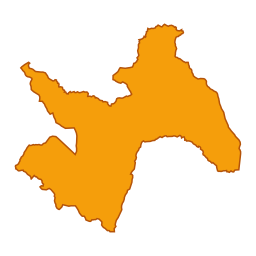 Silvânia, Goiás, Brazil (Mercator projection)
{"feature_id": "56859067B36002968340064", "entity_name": "Silvânia", "entity_type": "district", "adm_level": 2, "iso_a3": "BRA", "parent_name": "Brazil", "parent_adm1": "Goiás", "projection": "mercator", "projection_center": [-48.581, -16.605], "detail": "fine", "context": "isolated", "style": "filled", "palette": "amber", "viewbox_px": 256, "rotation_deg": 0, "n_neighbors": 0, "source": "geoboundaries", "source_scale": "gbopen_adm2", "svg_char_len": 5703}
<svg xmlns="http://www.w3.org/2000/svg" viewBox="0 0 256 256"><path d="M139.0,39.7L139.7,40.7L139.1,41.7L139.6,42.9L138.8,43.8L138.4,44.7L138.5,47.9L137.7,50.7L138.0,52.4L138.8,55.2L138.3,56.4L137.0,57.8L137.9,59.4L137.0,60.6L136.6,61.7L135.6,62.4L134.8,63.2L133.7,63.4L133.4,64.9L132.5,67.0L130.0,67.6L125.2,68.3L120.2,67.7L119.3,69.0L118.0,71.6L115.9,73.4L113.1,75.5L113.0,79.6L114.9,80.3L115.8,81.2L118.5,82.6L120.8,83.2L122.7,81.9L124.8,83.0L126.5,84.1L127.3,85.1L127.3,86.4L129.7,90.5L130.7,91.9L131.0,93.0L131.7,94.1L130.4,95.5L129.5,95.6L127.8,96.5L126.4,96.1L123.1,97.9L122.1,98.2L119.4,97.9L117.8,98.1L116.7,98.8L116.0,101.2L114.6,103.0L113.5,103.7L111.5,104.0L110.9,106.1L109.3,105.8L107.7,103.9L107.6,102.4L105.2,101.6L103.0,101.8L102.4,100.7L100.5,100.4L99.4,99.9L98.3,98.6L96.3,97.6L95.3,97.9L95.0,96.9L94.3,96.1L93.2,95.8L91.4,96.8L90.1,96.2L87.7,96.4L88.3,93.5L87.0,92.0L84.7,92.1L83.7,91.5L80.3,92.6L79.1,92.7L77.5,91.8L76.0,92.6L74.8,92.5L74.1,91.6L71.0,92.6L70.2,91.6L68.4,93.0L68.2,93.9L66.9,93.8L66.2,93.1L65.7,92.0L64.4,92.1L64.7,91.2L64.4,90.2L63.5,90.1L62.8,89.2L62.4,87.3L60.7,86.8L59.0,87.0L58.7,86.1L59.0,84.7L58.7,83.4L57.7,83.3L57.6,82.2L56.6,81.4L56.4,80.0L55.1,79.7L54.0,80.8L52.9,80.9L49.3,78.8L48.3,77.9L47.5,75.9L45.4,72.9L43.0,72.1L41.2,72.1L35.5,71.5L32.7,69.2L31.0,68.6L29.4,68.3L28.5,66.2L28.5,64.9L28.8,64.0L29.7,63.2L28.6,62.3L24.7,64.6L21.7,66.9L20.8,67.9L22.1,69.4L22.7,70.5L24.1,71.7L25.0,73.3L25.3,74.6L26.0,75.6L26.8,76.3L27.9,76.8L29.7,77.1L31.7,78.2L32.0,79.2L30.5,82.2L30.2,83.9L31.1,86.6L31.3,89.6L33.6,91.7L39.0,95.0L39.8,96.9L39.8,98.8L39.4,101.2L42.5,101.4L43.2,102.6L44.4,103.9L45.4,106.4L46.8,108.7L47.5,110.8L50.1,114.2L52.8,113.0L54.0,117.2L55.3,119.6L56.0,122.6L59.6,124.5L61.5,126.1L65.4,128.3L74.1,127.9L75.2,130.0L76.4,133.0L76.9,135.9L76.6,143.0L76.2,145.8L76.6,148.4L76.6,151.3L75.2,154.5L57.9,138.3L55.9,136.6L52.6,136.2L49.8,137.2L45.6,142.9L43.5,143.5L41.8,145.1L40.2,145.0L39.1,144.5L37.2,144.8L35.8,144.6L34.4,145.0L33.3,144.6L31.4,145.4L30.0,145.5L29.2,145.1L27.1,147.7L26.2,149.5L24.1,152.6L24.0,153.6L22.9,155.8L21.1,157.3L20.8,158.6L20.0,159.3L20.0,160.8L18.9,162.8L18.5,163.8L16.7,165.1L15.6,165.5L15.4,166.7L15.9,167.9L15.7,168.8L16.6,169.2L18.4,170.8L19.8,170.8L20.9,170.4L23.2,170.2L23.5,171.2L25.7,172.1L27.6,174.4L30.0,175.9L31.2,177.9L30.9,179.4L34.2,175.5L35.4,176.7L36.4,176.7L38.4,178.7L39.7,179.2L40.8,179.3L42.0,180.7L42.0,182.0L42.5,183.3L43.5,184.2L43.2,185.0L43.1,186.0L41.3,185.8L40.0,186.9L41.4,188.8L42.4,189.4L46.3,189.8L49.2,188.4L51.1,189.7L52.4,191.2L54.3,193.5L54.7,194.5L54.3,196.3L55.1,197.5L54.5,200.8L55.1,203.0L55.8,204.2L56.0,206.4L57.0,208.2L58.5,209.3L59.4,209.4L61.8,207.0L62.8,204.7L68.9,206.2L70.8,205.8L75.4,205.8L77.0,208.1L78.3,210.3L79.4,212.9L80.9,214.9L82.2,216.2L84.2,216.2L85.2,217.7L86.0,220.0L89.3,221.3L90.7,221.3L92.0,219.7L92.9,219.9L94.2,219.6L95.7,219.6L97.0,218.6L99.1,219.1L101.8,221.8L101.9,223.2L101.6,224.9L102.4,226.2L103.5,227.5L105.0,228.3L107.4,230.6L109.2,230.6L110.0,231.7L114.4,231.7L114.2,228.6L115.9,226.4L115.2,225.0L115.5,223.1L116.3,220.3L118.1,217.6L121.8,209.7L121.5,207.4L121.6,205.6L122.4,203.2L123.5,201.4L124.3,198.8L124.3,197.7L125.3,195.0L127.0,192.6L127.5,190.3L129.7,189.0L131.9,182.2L132.1,179.4L132.7,177.7L132.7,175.4L131.9,174.4L130.6,174.1L131.4,172.5L132.2,171.3L134.3,169.0L135.3,162.6L134.6,161.1L135.9,159.4L136.4,157.3L135.9,156.0L136.2,154.0L137.0,152.2L138.6,150.0L139.2,148.1L140.6,147.0L140.9,144.8L141.7,142.3L143.4,140.9L144.9,141.9L146.6,141.6L150.2,141.4L152.6,140.6L154.8,140.4L155.5,139.4L156.7,139.1L160.1,136.6L161.1,137.2L162.1,137.5L163.2,136.7L164.9,135.9L166.1,135.8L167.1,136.7L168.4,136.5L172.4,136.4L173.6,135.9L175.0,136.0L177.2,136.9L179.8,135.4L180.7,135.8L181.4,136.8L181.6,137.9L182.9,137.1L184.1,136.9L184.8,138.8L184.8,140.2L186.1,140.1L186.5,141.0L188.6,140.9L190.0,141.2L192.0,142.0L193.4,143.8L195.9,145.2L196.7,146.4L198.2,147.2L198.6,146.3L199.8,146.7L200.6,147.7L200.5,149.1L202.7,150.6L203.3,152.2L202.9,153.7L203.2,154.8L204.4,155.5L206.5,157.9L207.4,158.3L207.7,159.5L208.1,160.4L209.1,161.0L210.4,161.5L211.0,162.3L212.0,163.1L212.9,162.6L215.3,164.8L216.5,165.6L216.7,167.4L217.6,170.9L218.9,171.4L220.0,171.2L221.0,171.5L223.8,170.7L224.9,170.8L226.6,170.5L226.9,171.8L227.9,171.8L229.4,172.3L231.0,170.9L232.2,171.8L233.7,171.9L234.6,170.3L235.6,170.0L238.8,169.8L240.6,153.8L240.6,151.7L239.9,149.8L239.1,148.7L239.5,146.8L240.4,144.3L240.1,142.1L238.9,139.9L235.4,136.3L234.6,134.7L231.2,130.9L230.0,129.2L228.4,127.2L228.1,125.3L225.1,118.7L223.7,112.3L221.4,108.5L220.6,106.1L219.6,103.7L218.7,98.6L218.0,96.6L217.5,94.0L217.0,93.0L216.1,92.0L213.7,90.9L212.5,89.9L211.3,89.4L210.1,88.7L209.2,87.5L207.6,86.4L206.6,84.7L206.3,83.0L206.5,81.8L206.2,80.8L205.0,79.3L203.9,78.7L202.4,78.6L200.6,78.5L198.1,79.0L195.1,77.3L193.4,75.8L193.0,74.1L191.9,72.3L191.8,70.7L191.4,69.4L190.1,68.6L189.3,67.5L189.2,66.1L188.6,64.8L188.2,62.4L186.7,62.3L185.8,62.7L184.5,61.9L183.6,61.7L179.7,58.6L178.4,58.6L177.6,57.6L175.6,57.1L175.0,56.2L175.4,54.3L175.4,52.7L175.9,50.3L176.6,48.8L176.1,47.2L175.4,45.9L175.4,44.3L174.8,42.4L175.1,40.2L176.0,37.3L177.0,36.7L178.6,36.4L179.1,35.5L180.6,35.0L181.4,33.9L182.8,33.5L183.4,32.6L182.9,31.0L181.5,30.8L181.6,29.7L179.4,30.9L177.2,30.5L176.1,29.3L176.3,27.8L175.6,26.9L174.5,27.3L173.8,26.3L171.6,25.3L169.5,25.6L168.3,26.3L166.6,25.5L164.6,24.3L163.6,25.0L162.0,26.8L161.1,26.7L158.1,25.1L157.4,26.0L155.9,26.6L155.4,27.8L154.2,28.2L153.2,28.5L151.6,28.3L149.0,29.1L147.9,28.4L147.6,29.5L147.5,31.1L146.4,31.7L146.4,33.0L145.5,35.3L145.8,36.7L145.1,37.3L144.1,36.4L143.7,37.4L142.9,38.4L141.4,39.2L139.0,39.7Z" fill="#f59e0b" stroke="#b45309" stroke-width="1.5"/></svg>